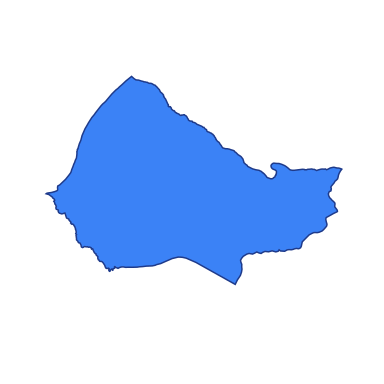 the district of Hongsa, Xaignabouri, Laos, rotated 40°
{"feature_id": "54806243B68130854025017", "entity_name": "Hongsa", "entity_type": "district", "adm_level": 2, "iso_a3": "LAO", "parent_name": "Laos", "parent_adm1": "Xaignabouri", "projection": "robinson", "projection_center": [101.47, 19.726], "detail": "fine", "context": "isolated", "style": "filled", "palette": "blue", "viewbox_px": 384, "rotation_deg": 40, "n_neighbors": 0, "source": "geoboundaries", "source_scale": "gbopen_adm2", "svg_char_len": 6014}
<svg xmlns="http://www.w3.org/2000/svg" viewBox="0 0 384 384"><g transform="rotate(40 192 192)"><path d="M292.1,78.2L291.2,78.4L289.1,79.3L287.5,80.5L284.8,81.8L283.9,82.8L282.4,84.8L281.5,87.1L280.8,88.4L279.2,88.7L278.6,89.6L277.6,90.2L276.5,91.2L275.9,91.9L274.4,94.1L273.7,95.4L271.0,96.1L270.1,97.0L269.5,97.1L268.8,97.5L266.9,99.5L266.2,100.0L265.4,101.4L264.1,102.5L263.8,102.4L263.1,102.8L261.9,103.7L258.1,107.8L256.3,109.7L254.9,110.9L253.3,111.8L252.4,112.0L250.0,111.9L247.7,112.0L246.1,112.2L243.0,113.1L240.4,114.2L238.1,116.0L236.1,117.3L235.5,118.3L235.3,119.7L235.4,120.7L235.9,121.4L237.0,122.2L238.4,122.5L239.0,122.5L242.0,121.6L242.9,121.7L243.5,122.0L244.6,123.4L245.0,124.6L245.4,124.8L245.2,125.5L245.4,126.3L245.8,127.1L245.3,128.5L245.3,129.2L245.1,129.9L244.7,130.5L243.7,131.3L240.8,132.4L240.0,132.6L238.8,132.2L235.8,131.7L235.0,131.7L234.3,131.6L233.6,131.9L232.9,131.7L231.8,131.7L230.8,132.0L229.4,132.3L226.7,133.9L223.6,135.3L218.2,136.6L217.3,136.2L216.7,136.1L215.5,136.3L212.9,136.1L212.6,136.0L212.3,135.6L209.8,134.0L207.1,133.4L206.1,133.4L203.4,133.8L200.1,133.5L199.0,133.7L198.1,133.4L197.7,133.4L196.7,133.7L194.2,134.8L193.4,135.0L191.2,136.2L189.7,137.4L187.3,138.4L186.6,138.4L184.4,137.6L182.5,137.2L181.2,136.7L180.3,136.6L179.3,136.8L177.3,136.5L176.9,136.2L176.2,136.2L175.9,135.8L174.9,135.4L173.4,135.1L172.6,134.6L171.8,134.7L171.1,134.4L170.3,134.6L169.1,134.5L168.0,135.0L167.2,135.0L165.1,135.8L164.1,135.7L163.0,134.9L161.4,135.2L160.8,135.1L159.6,134.8L158.8,135.4L158.2,135.3L157.1,135.4L152.1,137.0L150.5,136.9L149.1,137.3L147.5,138.1L146.8,137.7L146.5,137.7L145.2,138.7L144.1,139.1L142.9,139.1L142.3,138.6L141.4,138.5L140.0,137.8L138.6,137.5L137.3,137.8L136.6,137.7L136.0,138.1L135.5,139.0L134.7,139.5L134.6,140.1L134.0,140.7L132.7,140.8L131.9,140.7L131.4,140.9L130.2,141.2L129.7,141.5L129.0,141.4L128.5,141.6L127.5,141.6L127.0,141.3L126.0,141.2L125.6,141.6L124.7,141.7L123.0,141.7L122.2,141.0L120.6,140.6L120.2,140.8L119.8,141.4L119.2,141.6L118.8,141.6L118.4,141.0L118.1,140.9L117.7,140.3L117.2,140.3L112.0,137.8L110.6,137.6L109.6,137.1L109.1,137.2L108.9,136.9L108.2,136.5L108.0,136.1L106.8,135.8L104.9,135.6L104.5,135.7L103.4,135.6L101.2,134.6L100.0,134.5L96.9,134.0L96.0,134.1L95.2,133.9L93.7,134.5L93.3,134.5L91.4,134.8L90.2,135.5L89.6,136.1L89.2,136.2L88.6,136.6L87.6,136.6L87.3,136.7L86.6,137.2L85.5,137.7L84.2,138.6L83.4,138.7L82.2,139.4L79.0,140.7L78.0,141.5L76.8,142.2L74.6,142.4L71.4,142.3L70.0,149.4L69.6,152.9L69.4,154.6L68.8,158.4L68.7,160.1L68.1,162.8L67.6,168.5L67.6,178.0L67.4,179.8L67.0,182.1L66.9,184.7L67.2,193.5L67.4,195.3L67.4,199.4L68.2,205.5L68.6,207.5L69.4,212.3L71.5,219.4L73.6,223.8L74.7,227.5L76.3,231.2L76.9,232.1L76.7,232.3L76.8,233.1L77.7,234.4L77.8,235.0L79.0,236.3L80.2,238.0L81.7,240.4L82.2,242.6L83.1,244.8L83.6,246.8L84.4,248.8L85.5,252.2L86.3,254.0L86.7,255.3L86.9,258.7L87.0,263.5L86.1,271.6L85.3,273.7L86.0,274.9L87.6,276.5L87.8,277.1L87.7,277.9L86.6,279.9L84.6,282.8L82.0,285.7L81.5,286.5L81.4,287.1L84.1,285.9L88.5,285.7L89.1,286.1L91.0,286.0L92.1,286.5L92.1,288.0L93.2,288.2L94.8,289.4L95.3,289.3L96.3,289.7L97.0,290.3L97.5,290.5L97.8,291.5L98.7,292.3L99.3,292.4L101.0,291.8L101.6,292.2L101.9,292.8L103.0,293.4L104.1,293.4L106.3,292.5L107.1,291.5L107.8,290.2L108.2,289.8L112.5,292.5L113.2,292.5L114.8,291.9L116.2,292.7L116.8,292.6L117.2,292.8L118.6,292.9L118.8,293.1L119.0,293.8L119.7,293.8L120.0,294.0L120.7,293.9L121.2,293.2L122.7,293.3L123.4,293.7L124.1,293.7L124.5,294.0L125.0,294.2L125.9,294.8L126.4,295.0L126.7,295.5L127.5,295.8L127.9,296.2L129.1,297.1L129.3,297.4L129.7,298.7L130.8,298.8L131.0,298.9L131.0,299.5L131.3,300.1L132.2,300.6L132.5,301.1L133.0,301.4L134.3,302.9L136.2,303.1L137.3,303.7L137.9,303.7L138.7,303.2L139.2,303.2L141.3,304.1L142.3,305.0L142.7,305.2L143.9,304.9L144.3,304.2L144.5,303.3L144.8,302.8L146.4,301.9L147.1,301.1L148.0,301.0L149.0,300.0L150.5,299.5L151.4,300.2L151.8,300.3L152.2,299.5L152.4,299.4L152.8,299.5L153.8,300.2L155.4,300.8L156.0,301.2L157.3,301.3L157.9,301.3L158.2,301.1L158.4,301.2L158.7,301.6L159.2,301.9L161.4,302.0L162.3,303.2L163.7,304.1L164.2,304.1L164.6,303.9L165.3,304.3L165.9,304.4L166.2,304.2L167.3,303.4L168.2,303.2L169.1,303.3L172.1,304.2L172.9,304.6L173.6,305.2L174.5,305.3L175.2,305.7L176.1,305.2L177.1,304.0L177.7,304.0L178.2,304.3L178.2,305.0L178.4,305.3L179.1,305.7L179.8,305.8L180.1,305.4L179.8,304.4L179.8,303.2L180.0,302.7L180.5,302.5L181.3,303.0L181.5,303.0L181.6,302.8L181.6,302.5L181.1,302.1L180.9,301.9L181.0,301.4L181.6,300.4L181.6,300.1L181.5,299.8L180.8,299.3L180.8,298.8L181.1,298.7L182.4,298.8L183.3,298.3L184.3,298.1L184.5,297.9L184.6,297.4L185.4,295.8L186.4,294.5L187.6,293.5L189.7,292.3L191.4,290.7L194.7,288.0L198.4,284.7L199.7,283.2L202.3,280.7L204.6,278.2L209.0,274.2L210.9,271.8L211.6,270.3L214.0,267.0L216.3,262.3L219.6,255.7L223.2,250.8L225.2,249.2L226.8,248.1L230.1,246.4L240.3,243.4L284.5,235.0L283.3,230.2L282.7,224.8L281.4,221.5L279.9,219.0L278.3,217.5L276.6,215.4L274.5,214.3L273.0,213.0L272.6,210.6L272.6,208.3L273.9,204.4L275.2,202.4L278.3,200.6L279.3,198.5L280.2,196.3L282.3,195.7L284.4,194.7L285.1,192.5L286.1,190.6L289.1,188.6L291.2,185.6L294.7,184.0L296.1,182.0L295.9,180.3L297.7,180.3L301.1,177.8L302.1,175.2L303.3,173.8L305.1,172.5L306.2,171.2L307.2,169.4L308.5,167.9L309.9,167.2L310.6,166.2L311.0,164.9L310.6,163.3L308.5,159.3L309.3,149.5L310.5,146.6L311.4,144.8L312.5,143.8L314.0,142.7L315.2,141.2L316.7,138.3L317.0,136.2L317.1,133.1L317.0,131.4L316.1,129.9L314.3,128.7L312.2,127.1L311.3,125.7L311.4,124.9L314.3,117.3L315.9,113.8L315.8,113.2L314.5,112.4L310.9,111.6L310.0,110.5L309.2,109.2L308.2,108.5L306.1,108.3L304.4,108.3L302.9,108.0L301.2,107.9L299.3,107.1L297.9,106.0L297.5,105.6L297.5,105.2L297.0,104.2L297.0,103.8L297.1,103.0L297.7,102.0L297.6,101.7L297.4,101.2L297.0,101.0L297.0,100.6L296.8,100.2L296.3,99.7L295.3,99.1L295.3,98.7L295.0,98.3L295.0,93.7L294.6,91.8L294.9,90.5L295.1,88.4L294.4,86.8L293.3,84.8L292.7,83.0L292.2,80.5L292.1,78.2Z" fill="#3b82f6" stroke="#1e3a8a" stroke-width="1.5"/></g></svg>